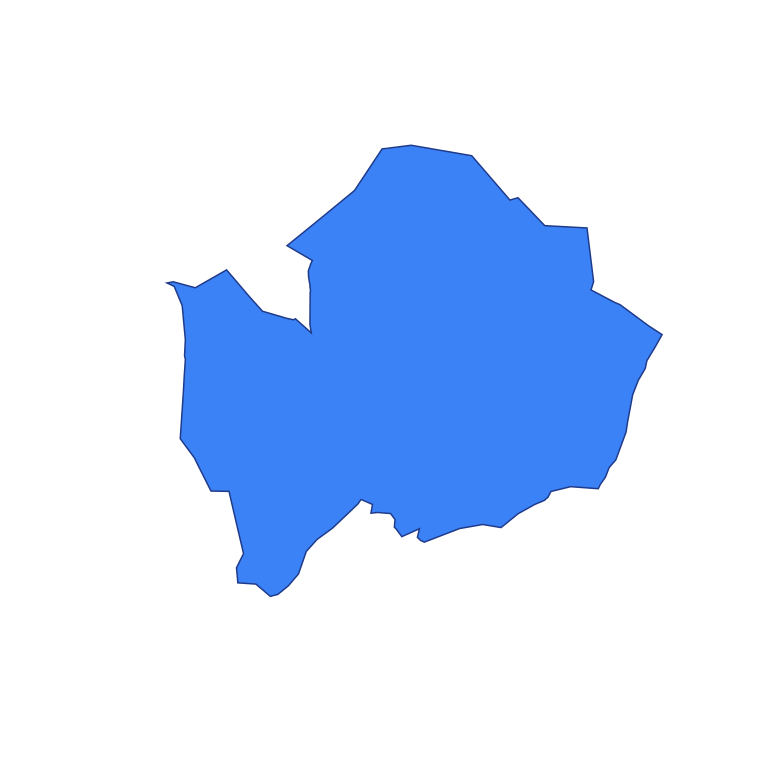 Santiago Zacatepec, Oaxaca, Mexico, rotated 217°
{"feature_id": "50627088B38006544151025", "entity_name": "Santiago Zacatepec", "entity_type": "district", "adm_level": 2, "iso_a3": "MEX", "parent_name": "Mexico", "parent_adm1": "Oaxaca", "projection": "equal_earth", "projection_center": [-95.883, 17.203], "detail": "fine", "context": "isolated", "style": "filled", "palette": "blue", "viewbox_px": 768, "rotation_deg": 217, "n_neighbors": 0, "source": "geoboundaries", "source_scale": "gbopen_adm2", "svg_char_len": 1539}
<svg xmlns="http://www.w3.org/2000/svg" viewBox="0 0 768 768"><g transform="rotate(217 384 384)"><path d="M149.9,429.3L150.8,434.1L151.1,442.9L153.9,452.7L153.2,463.0L161.8,491.4L166.8,500.6L172.9,513.0L178.9,525.0L183.1,539.9L184.7,553.6L188.1,560.9L189.7,576.6L191.6,590.8L207.3,589.7L243.2,589.4L249.3,587.9L275.3,583.7L278.2,591.9L315.8,630.8L350.9,607.2L389.1,613.4L394.1,606.7L451.3,619.1L506.0,591.0L527.0,570.6L524.0,520.8L534.6,476.9L535.3,474.0L544.7,436.1L515.5,439.5L515.4,438.5L515.2,437.6L514.8,436.0L514.5,434.8L513.8,432.9L513.2,430.7L512.4,428.7L511.5,427.5L510.1,425.9L509.2,424.6L507.9,423.5L506.8,422.3L504.8,420.4L503.5,419.2L502.3,418.1L501.5,416.8L500.5,415.9L499.0,414.5L498.0,412.6L479.0,387.0L472.8,381.0L494.0,382.8L494.8,380.9L501.7,377.7L524.8,369.0L543.9,372.7L578.4,380.4L592.6,347.3L613.8,338.8L618.1,334.1L610.3,335.7L592.3,325.1L569.3,299.8L560.2,286.4L557.5,284.2L548.7,270.7L538.7,255.8L513.8,217.7L491.0,210.9L483.9,207.3L457.8,194.4L444.2,204.2L443.3,205.1L423.5,188.5L394.1,164.0L391.2,148.4L383.7,140.2L381.1,137.2L365.9,147.1L347.0,146.0L342.2,152.0L338.9,165.4L338.0,180.9L345.3,203.5L343.9,219.6L338.3,238.2L332.6,272.7L332.9,277.6L332.1,278.2L320.7,280.9L316.7,273.0L311.7,277.6L300.8,284.5L293.6,282.4L289.6,275.9L286.7,275.4L277.9,272.8L268.6,289.8L265.0,281.6L260.5,281.1L256.6,282.0L255.0,284.6L236.7,314.0L220.6,331.2L204.1,339.8L198.8,361.2L191.2,378.4L185.9,387.5L184.9,392.4L186.0,398.6L173.6,413.8L173.5,414.1L149.9,429.3Z" fill="#3b82f6" stroke="#1e3a8a" stroke-width="1.5"/></g></svg>